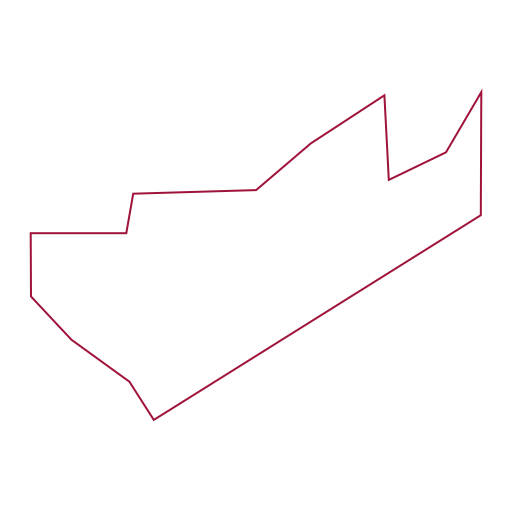 the border of Blowing Point
{"feature_id": "AIA-5114", "entity_name": "Blowing Point", "entity_type": "District", "adm_level": 1, "iso_a3": "AIA", "parent_name": "Anguilla", "parent_adm1": "", "projection": "mercator", "projection_center": [-63.087, 18.194], "detail": "fine", "context": "isolated", "style": "outline", "palette": "rose", "viewbox_px": 512, "rotation_deg": 0, "n_neighbors": 0, "source": "natural_earth", "source_scale": "10m", "svg_char_len": 302}
<svg xmlns="http://www.w3.org/2000/svg" viewBox="0 0 512 512"><path d="M480.8,215.2L153.8,419.9L129.4,381.7L71.5,339.8L31.0,296.5L30.7,233.2L126.3,233.2L133.2,193.7L256.1,190.1L310.8,143.4L384.4,95.3L388.8,179.9L446.0,152.3L481.3,92.1L480.8,215.2Z" fill="none" stroke="#9f1239" stroke-width="2"/></svg>